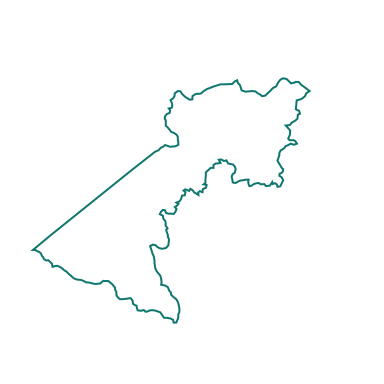 the district of Diorama, Goiás, Brazil, rotated 136°
{"feature_id": "56859067B93328586623041", "entity_name": "Diorama", "entity_type": "district", "adm_level": 2, "iso_a3": "BRA", "parent_name": "Brazil", "parent_adm1": "Goiás", "projection": "orthographic", "projection_center": [-51.364, -16.2], "detail": "fine", "context": "isolated", "style": "outline", "palette": "teal", "viewbox_px": 384, "rotation_deg": 136, "n_neighbors": 0, "source": "geoboundaries", "source_scale": "gbopen_adm2", "svg_char_len": 4157}
<svg xmlns="http://www.w3.org/2000/svg" viewBox="0 0 384 384"><g transform="rotate(136 192 192)"><path d="M150.7,268.2L150.9,266.0L153.1,264.4L155.7,265.5L158.5,265.3L160.6,263.9L161.1,261.7L163.0,259.8L164.8,257.9L164.6,255.5L164.9,252.2L165.2,249.5L164.0,247.2L163.3,243.8L163.8,241.6L165.5,239.9L167.2,237.4L169.1,235.4L172.1,236.4L174.0,237.9L176.3,239.7L177.6,242.3L178.8,244.5L181.8,244.7L183.6,245.5L187.1,245.3L190.5,246.6L220.6,249.7L271.2,254.3L322.7,259.0L346.7,260.8L345.0,259.1L344.4,257.0L343.5,254.8L343.4,252.6L344.3,250.4L344.4,248.5L345.1,246.4L344.3,243.8L342.7,242.6L342.7,239.9L342.5,237.8L344.3,235.0L342.0,233.9L340.4,232.7L339.2,230.3L338.4,227.1L338.3,224.4L337.6,222.2L337.6,220.2L337.5,217.8L337.2,215.7L337.2,213.7L336.8,211.5L335.7,209.1L334.1,207.2L332.8,205.7L331.9,203.6L330.8,200.4L329.3,198.8L328.2,197.2L326.9,195.0L325.1,192.6L323.5,191.6L321.9,190.0L319.5,189.9L317.5,189.7L316.1,188.1L314.0,186.0L313.7,183.2L313.4,180.8L313.7,178.7L313.7,176.8L315.2,175.1L315.7,172.9L318.2,170.0L318.5,167.4L318.3,165.0L316.5,163.2L314.3,161.6L312.9,160.4L311.1,159.3L309.8,158.0L310.2,155.1L312.1,152.5L311.7,150.5L310.9,148.8L312.2,146.9L313.3,144.6L311.2,142.0L308.7,140.6L308.5,138.0L306.7,136.8L304.9,136.3L302.9,134.8L300.8,132.3L299.7,130.0L298.4,127.5L299.0,124.2L299.5,121.1L297.1,118.5L295.3,115.8L294.4,113.2L295.9,110.8L294.0,109.0L290.0,110.7L288.1,112.1L286.9,113.5L285.1,114.1L283.3,115.5L281.3,117.9L279.3,121.2L278.5,123.1L277.8,126.0L278.3,129.4L278.4,132.6L277.0,134.4L277.0,136.6L275.5,140.3L276.3,143.4L278.6,146.7L276.8,148.0L274.5,150.9L272.9,153.9L272.7,156.7L272.5,159.3L271.6,162.3L269.9,164.7L268.4,166.9L266.9,168.3L264.1,172.4L263.2,175.2L261.2,179.0L259.7,182.2L256.8,181.4L255.2,179.2L255.1,176.4L254.3,173.9L252.7,171.7L249.5,169.8L246.2,170.0L243.3,172.3L241.3,174.1L240.6,176.4L239.1,178.0L238.0,180.7L236.9,182.7L234.9,182.8L234.3,186.3L232.3,188.1L231.4,189.6L231.1,192.8L229.4,195.1L230.6,198.4L228.1,199.3L225.6,199.4L224.1,197.9L225.2,194.8L223.7,192.5L222.2,191.1L220.4,188.9L217.7,189.3L214.9,190.5L214.8,193.1L212.4,192.6L210.0,192.9L210.6,195.2L207.4,193.9L204.2,194.7L201.8,196.4L199.5,194.6L196.7,196.5L197.1,198.9L194.9,198.6L193.3,194.7L191.0,195.4L190.3,192.8L190.7,190.3L189.4,185.4L187.9,187.4L185.8,187.2L184.6,184.6L182.3,186.5L178.8,185.4L176.6,187.0L178.3,189.4L176.0,189.2L173.4,191.9L170.9,193.9L168.5,196.5L166.7,196.5L164.5,196.4L161.8,196.4L159.7,194.4L158.0,196.4L155.4,196.2L153.5,194.6L151.3,193.1L150.3,196.6L148.3,195.0L147.5,192.0L145.3,190.9L146.2,187.4L144.9,185.4L143.4,183.3L143.6,180.3L144.7,178.1L147.8,176.2L150.4,176.6L152.7,175.6L154.7,172.4L156.1,170.6L154.4,168.2L151.6,167.5L149.3,166.7L147.6,165.3L144.9,163.7L142.7,161.5L144.5,160.3L145.6,158.7L146.6,156.4L144.9,155.2L142.1,154.8L139.5,153.5L137.8,152.1L137.2,149.8L134.4,147.3L134.7,145.0L131.6,142.5L127.4,143.4L128.4,141.7L126.3,140.8L125.7,138.6L126.9,136.3L124.5,134.8L118.2,137.1L117.3,140.4L117.9,143.0L116.3,144.3L114.3,143.5L112.3,143.7L110.5,145.1L110.7,147.1L110.2,149.0L108.8,155.2L107.0,156.1L103.6,157.8L102.2,159.3L99.4,160.3L95.3,159.4L92.8,160.0L90.8,159.1L87.4,158.2L85.8,155.1L82.9,153.9L82.4,156.4L82.6,158.3L85.8,161.5L85.8,163.5L81.6,165.3L78.6,168.1L78.4,174.7L75.2,172.2L72.2,172.6L68.1,171.6L65.2,171.5L62.1,174.1L60.0,173.3L58.6,175.8L59.8,179.4L57.0,181.8L54.5,184.0L53.0,185.2L49.7,183.4L47.7,182.7L44.2,182.4L41.2,183.7L37.3,182.9L38.4,190.1L39.0,193.4L38.8,197.1L41.0,199.2L42.9,199.8L45.3,201.4L45.4,205.4L45.5,207.7L47.6,210.6L50.5,211.4L52.8,211.1L54.7,210.7L58.0,209.5L61.7,210.6L64.5,210.4L67.6,210.4L72.5,210.5L75.0,212.2L75.3,214.6L76.2,217.7L76.5,220.3L78.5,222.7L83.9,227.1L85.7,230.6L84.3,233.3L83.2,236.0L83.3,238.3L81.9,241.0L84.5,241.8L88.2,241.8L91.6,245.0L93.6,246.6L95.0,248.1L97.0,249.8L99.4,251.0L104.3,253.4L107.3,254.5L109.4,255.6L113.7,256.5L117.1,256.6L118.9,257.8L120.3,259.3L122.2,260.2L125.1,260.6L127.4,258.4L129.6,260.0L130.2,262.7L130.8,265.0L130.9,267.0L131.0,269.5L130.4,272.5L132.0,274.4L135.8,275.0L137.9,273.2L140.6,272.4L143.5,273.1L144.5,270.4L146.2,267.7L148.1,266.7L150.7,268.2Z" fill="none" stroke="#0f766e" stroke-width="2"/></g></svg>